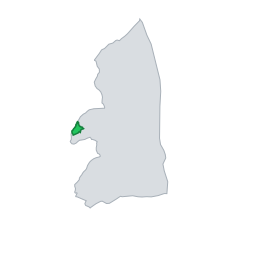 Gbehlay-Geh, Nimba, Liberia shown in context, rotated 225°
{"feature_id": "62588387B4114270001160", "entity_name": "Gbehlay-Geh", "entity_type": "district", "adm_level": 2, "iso_a3": "LBR", "parent_name": "Liberia", "parent_adm1": "Nimba", "projection": "robinson", "projection_center": [-8.457, 7.361], "detail": "fine", "context": "in_parent", "style": "filled", "palette": "green", "viewbox_px": 256, "rotation_deg": 225, "n_neighbors": 0, "source": "geoboundaries", "source_scale": "gbopen_adm2", "svg_char_len": 3007}
<svg xmlns="http://www.w3.org/2000/svg" viewBox="0 0 256 256"><g transform="rotate(225 128 128)"><path d="M54.1,109.1L56.0,107.3L58.9,101.5L62.8,95.8L66.4,92.5L69.3,89.1L72.4,86.4L76.8,83.4L83.5,75.3L85.1,74.3L86.2,68.7L87.9,61.6L89.8,59.4L94.4,58.1L95.5,56.8L97.1,51.8L98.1,46.0L98.2,44.7L100.0,44.6L103.1,43.3L104.9,43.9L105.7,45.6L106.1,47.0L115.4,43.3L116.2,42.6L116.7,42.7L117.9,46.0L118.6,45.8L119.1,44.8L119.8,44.7L120.5,45.2L121.2,46.7L122.4,48.1L124.4,49.1L125.7,50.4L125.6,53.9L126.0,57.3L126.9,58.1L127.4,60.1L127.6,62.4L128.1,63.6L128.4,65.8L128.3,68.3L128.6,70.0L130.1,72.9L131.0,76.6L131.0,79.2L130.5,82.0L129.5,84.5L127.8,87.3L127.6,88.4L128.7,89.1L130.2,89.2L131.5,88.6L134.8,89.9L136.6,91.7L138.1,94.0L139.5,95.1L140.1,96.5L142.4,96.1L145.1,94.8L145.7,94.1L146.5,94.5L148.3,94.6L149.5,92.2L150.5,89.3L152.6,86.3L153.6,85.1L153.9,83.1L154.0,80.6L154.8,78.4L156.5,77.2L158.4,77.3L159.4,77.7L160.0,79.8L161.5,81.4L162.8,82.5L163.5,83.0L164.5,84.3L165.6,88.5L169.6,102.3L169.4,106.1L168.6,108.6L168.6,111.0L168.3,113.4L165.8,117.4L158.6,125.4L159.1,126.1L160.9,127.0L162.6,127.5L164.1,127.3L165.9,129.3L167.9,131.8L169.9,133.1L172.9,134.3L175.6,134.4L177.8,134.0L180.9,134.5L184.3,136.6L185.5,140.0L186.3,143.0L187.4,144.6L187.6,147.2L190.0,149.4L193.4,149.9L197.8,152.6L198.9,152.4L199.4,152.1L199.9,152.6L201.0,160.4L201.9,164.5L201.4,166.1L200.8,167.5L200.8,173.7L198.8,177.3L198.5,181.2L197.9,182.5L195.8,183.7L195.8,186.7L195.2,190.4L195.0,194.2L195.6,204.4L195.7,212.0L196.7,213.4L192.5,212.8L180.3,207.0L171.0,203.7L139.5,184.7L130.8,177.1L120.7,165.8L98.4,143.0L93.3,139.3L86.8,137.5L82.9,135.6L80.1,133.5L77.8,127.2L72.2,123.4L61.9,118.1L54.1,109.1Z" fill="#d9dde1" stroke="#a8b0b8" stroke-width="1"/><path d="M158.9,96.2L159.3,96.2L159.8,95.8L160.2,95.8L160.5,96.0L160.8,96.3L161.0,96.2L161.4,95.9L161.5,95.8L161.6,95.7L162.0,95.5L162.1,95.4L162.3,95.5L162.6,95.6L162.9,95.2L163.1,95.1L163.6,95.1L164.2,95.2L164.3,95.2L164.6,95.3L165.0,95.6L165.9,96.0L166.1,96.2L166.5,96.7L167.0,96.9L167.4,96.9L168.2,96.8L168.2,96.7L168.1,96.4L168.1,96.2L167.8,96.0L167.8,95.8L167.5,95.9L167.4,95.6L167.2,95.6L167.1,95.4L167.0,95.2L167.2,94.9L167.3,94.7L167.4,94.4L167.4,94.2L167.3,93.8L167.2,93.7L167.0,93.3L166.8,93.3L166.8,93.0L166.5,92.8L166.4,92.6L166.3,92.4L166.2,92.2L166.0,91.8L166.0,91.5L166.0,91.4L166.0,91.2L165.9,91.0L166.0,90.8L166.0,90.7L165.9,90.6L165.9,90.2L165.9,89.9L165.9,89.7L165.9,89.3L165.8,88.7L165.8,88.4L165.7,88.2L165.4,87.8L165.4,87.7L165.5,87.4L165.6,87.1L165.6,86.6L165.6,86.3L165.5,86.1L165.4,86.0L165.2,85.9L164.5,85.4L163.9,85.0L163.8,84.9L163.3,84.8L163.1,84.8L162.7,84.7L162.3,84.6L162.1,84.6L161.7,84.3L161.2,85.5L161.0,86.1L160.8,86.6L160.2,88.1L159.9,89.1L159.7,89.5L159.6,89.8L159.6,90.0L160.0,90.5L159.9,90.9L159.8,91.2L159.7,91.2L159.2,91.4L158.8,91.3L158.7,91.3L158.9,91.6L159.4,92.4L160.0,93.3L160.0,93.7L159.8,94.3L159.5,94.9L159.5,95.1L159.4,95.2L159.4,95.3L159.2,95.4L158.9,96.0L158.9,96.2Z" fill="#22c55e" stroke="#15803d" stroke-width="1.5"/></g></svg>